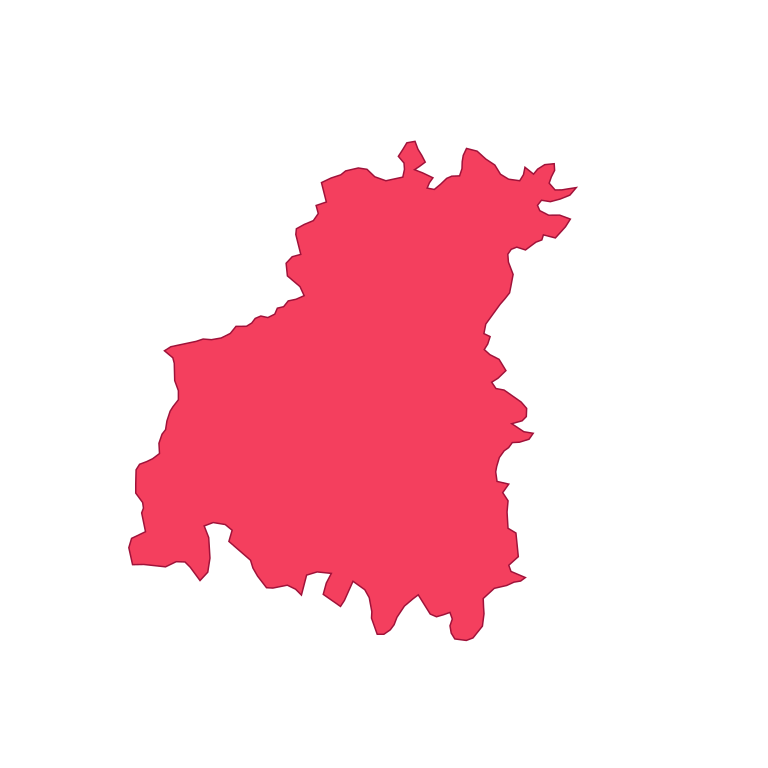 Planalto, Paraná, Brazil, rotated 116°
{"feature_id": "56859067B30656278128756", "entity_name": "Planalto", "entity_type": "district", "adm_level": 2, "iso_a3": "BRA", "parent_name": "Brazil", "parent_adm1": "Paraná", "projection": "equal_earth", "projection_center": [-53.725, -25.732], "detail": "fine", "context": "isolated", "style": "filled", "palette": "rose", "viewbox_px": 768, "rotation_deg": 116, "n_neighbors": 0, "source": "geoboundaries", "source_scale": "gbopen_adm2", "svg_char_len": 2943}
<svg xmlns="http://www.w3.org/2000/svg" viewBox="0 0 768 768"><g transform="rotate(116 384 384)"><path d="M643.0,541.6L656.6,530.8L651.5,520.8L644.1,500.2L634.8,492.9L631.2,484.9L633.6,477.9L641.3,463.2L630.4,459.9L616.8,464.1L598.9,474.2L590.4,483.4L583.4,476.8L579.9,465.1L582.0,456.4L593.5,454.4L600.9,426.7L606.9,421.1L612.1,413.4L618.6,400.3L616.1,394.4L607.2,382.7L607.2,373.5L609.9,365.7L589.7,369.8L582.2,361.7L577.3,348.3L588.2,348.6L599.7,346.4L603.0,325.6L595.9,324.7L574.9,325.4L577.3,311.1L582.5,303.6L594.0,295.1L599.9,292.6L611.9,280.4L609.0,274.4L602.2,270.6L595.9,269.4L588.0,270.1L574.6,268.3L564.4,263.8L558.5,260.8L570.5,241.6L570.2,234.8L565.3,229.4L560.4,224.6L565.3,219.6L572.4,218.7L578.4,214.4L582.1,208.6L578.4,197.6L573.2,192.7L558.5,189.4L546.7,193.4L540.9,196.7L533.3,200.8L519.3,195.3L511.3,185.4L505.1,180.3L501.2,174.8L496.0,172.1L496.8,187.7L492.2,192.4L480.3,187.6L460.1,200.1L459.3,209.3L445.1,217.3L434.6,221.3L429.6,229.7L419.3,228.0L422.0,239.7L414.0,245.1L408.6,246.6L399.5,248.1L391.3,246.7L386.6,244.1L380.4,243.0L376.9,236.7L370.0,229.4L362.9,228.3L365.6,237.4L363.7,251.8L356.5,243.7L350.9,241.8L343.4,245.1L340.1,252.8L336.8,273.4L339.0,281.4L335.2,288.0L328.7,284.0L318.5,280.3L311.4,291.4L311.2,301.7L309.1,309.0L302.6,308.3L294.9,309.4L294.9,316.3L285.5,318.8L261.5,314.6L254.4,312.7L247.0,311.1L240.9,312.7L228.9,316.0L219.9,325.6L213.1,329.6L207.2,328.7L202.8,324.7L201.5,315.6L190.0,309.7L185.3,305.3L180.1,306.1L177.6,294.0L163.1,289.8L154.1,288.8L155.2,300.1L160.1,310.0L159.9,320.0L156.1,324.4L149.8,323.0L147.2,314.4L140.5,306.7L132.7,299.7L123.2,297.3L127.9,304.1L131.6,309.3L134.6,315.3L131.1,323.6L124.5,324.4L117.2,324.3L111.4,327.6L116.4,335.7L123.5,340.1L129.8,341.6L127.4,352.3L134.7,350.4L141.8,351.1L145.3,361.8L144.4,371.3L138.6,380.4L137.2,391.1L133.9,402.4L136.1,413.1L143.8,413.0L149.8,411.2L156.3,408.3L163.8,407.3L167.5,414.2L171.7,417.8L179.6,420.7L187.1,424.1L189.0,431.1L183.2,431.4L177.2,430.4L177.3,441.7L178.0,450.5L172.9,447.5L166.5,444.2L162.1,450.1L158.1,456.4L152.3,462.5L157.2,469.2L164.9,469.9L173.1,470.9L176.6,462.9L182.1,459.7L189.8,457.8L200.5,471.4L201.8,483.1L198.5,493.4L201.1,501.8L209.3,511.9L214.9,514.5L222.1,521.9L230.4,528.5L245.7,515.6L253.3,523.3L259.6,517.8L268.1,519.1L275.5,525.6L282.9,530.8L288.3,528.8L304.0,515.6L309.8,522.3L318.4,524.9L329.2,518.2L333.3,502.2L339.6,494.5L346.4,500.2L351.3,506.5L358.5,508.1L362.6,513.1L369.1,512.8L375.2,517.5L376.9,524.5L381.5,528.5L387.2,529.6L392.4,532.9L397.1,542.3L405.9,544.3L414.0,550.5L419.8,558.5L422.9,566.3L428.0,571.5L443.9,591.9L450.4,595.9L453.0,585.3L457.3,581.6L472.7,573.6L480.1,565.9L488.3,561.9L496.8,563.7L502.2,564.3L512.4,562.9L520.8,560.3L526.4,561.5L535.9,560.3L544.9,555.3L552.6,559.2L557.8,563.3L563.3,568.5L569.8,569.2L582.7,563.3L590.9,559.3L596.3,549.0L601.0,545.8L606.1,545.3L621.3,533.6L633.4,543.2L643.0,541.6Z" fill="#f43f5e" stroke="#9f1239" stroke-width="1.5"/></g></svg>